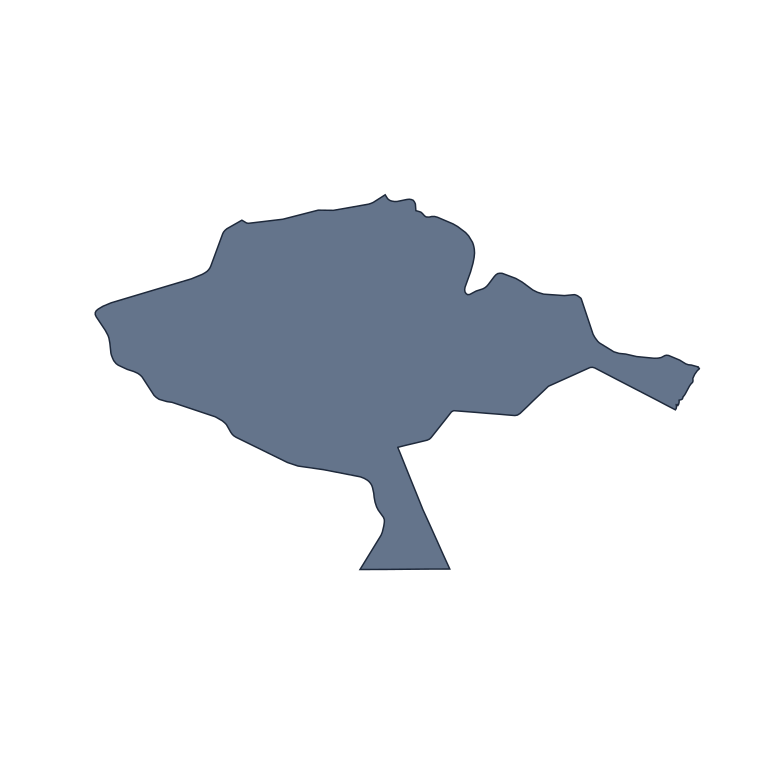 map outline of Al Jawf (Natural Earth projection), rotated 197°
{"feature_id": "SAU-862", "entity_name": "Al Jawf", "entity_type": "Region", "adm_level": 1, "iso_a3": "SAU", "parent_name": "Saudi Arabia", "parent_adm1": "", "projection": "natural_earth1", "projection_center": [37.819, 29.945], "detail": "fine", "context": "isolated", "style": "filled", "palette": "slate", "viewbox_px": 768, "rotation_deg": 197, "n_neighbors": 0, "source": "natural_earth", "source_scale": "10m", "svg_char_len": 3152}
<svg xmlns="http://www.w3.org/2000/svg" viewBox="0 0 768 768"><g transform="rotate(197 384 384)"><path d="M187.3,461.0L189.6,460.9L191.8,460.0L200.9,452.0L209.8,444.2L219.6,435.6L226.1,429.9L231.5,420.3L236.8,410.9L240.6,403.9L245.3,395.6L247.3,393.3L249.6,392.1L256.9,390.5L264.4,388.9L276.4,386.2L288.4,383.6L299.6,381.1L309.5,378.9L311.3,377.2L315.0,367.6L317.8,360.5L320.8,352.8L323.3,346.5L324.4,344.6L326.3,342.9L335.4,337.5L345.5,331.6L351.6,327.9L352.2,327.6L352.3,327.5L352.3,327.4L348.1,322.3L339.0,311.0L329.8,299.6L320.6,288.3L311.4,276.9L311.2,276.6L310.9,276.3L310.7,276.0L310.4,275.6L299.5,263.3L288.9,251.2L288.7,251.0L277.9,238.6L267.0,226.3L270.2,225.3L287.7,219.9L308.4,213.4L329.0,206.9L333.9,205.4L349.7,200.5L352.7,199.6L342.6,238.5L342.3,241.9L342.7,248.2L343.1,250.9L343.2,251.5L343.5,252.8L344.1,254.5L345.5,256.3L352.6,261.7L355.2,264.4L358.0,268.4L360.3,272.8L361.8,276.4L364.7,281.6L366.1,283.5L367.9,285.1L369.8,286.3L371.6,287.1L375.4,288.0L379.4,288.3L416.6,284.4L442.3,280.4L453.4,280.7L509.9,289.8L512.7,290.6L514.7,291.7L516.7,293.3L522.8,299.1L525.0,300.3L527.8,301.5L535.7,303.3L581.4,304.5L586.4,303.7L594.6,303.6L597.9,304.6L600.6,305.9L617.4,320.0L619.6,321.2L622.5,322.2L627.0,322.8L633.8,322.9L643.7,324.3L646.2,325.2L649.3,327.3L651.0,329.2L653.2,332.0L654.2,333.7L658.1,342.9L660.5,347.5L662.1,349.7L666.2,353.8L678.8,364.1L680.4,365.9L681.0,367.9L680.6,369.9L679.2,372.1L675.5,376.2L668.5,382.0L598.9,428.3L589.9,435.7L587.9,437.8L586.2,439.9L585.1,442.0L584.4,444.2L584.1,446.4L582.2,480.3L582.1,481.1L581.8,482.5L581.0,484.4L579.6,486.6L567.8,499.1L562.5,497.8L560.7,498.0L528.9,512.0L497.8,531.0L483.1,535.3L451.3,551.5L449.3,552.9L447.4,554.5L438.2,565.3L434.9,562.4L433.7,561.8L432.2,561.3L430.1,561.2L427.2,561.6L424.8,562.4L416.0,567.2L413.8,568.1L411.7,568.4L409.7,568.2L407.9,566.8L406.6,565.3L404.2,559.1L400.5,559.2L398.9,559.1L397.1,558.3L394.3,556.6L392.4,556.1L389.6,556.8L387.4,558.1L384.6,559.0L381.6,559.1L364.8,557.3L359.6,556.1L350.3,552.7L346.4,550.4L340.8,545.4L339.3,543.4L338.0,541.2L337.0,539.2L335.7,535.7L334.8,531.3L334.2,525.5L334.0,516.5L334.8,500.1L334.4,497.7L333.5,495.8L331.9,494.4L330.1,493.9L328.2,494.7L323.0,499.9L317.4,503.8L315.7,505.5L314.4,507.4L313.4,509.6L310.0,518.9L309.0,521.0L307.6,522.8L305.6,523.8L303.3,524.4L288.8,523.5L281.8,521.9L269.1,517.4L264.2,516.6L257.6,516.6L237.3,521.3L228.1,525.1L226.8,525.2L224.7,525.0L221.2,523.8L220.7,523.5L220.1,522.9L198.6,492.7L195.9,490.1L192.1,487.3L190.1,486.3L173.7,482.0L168.2,482.0L161.6,483.3L150.4,484.1L133.2,487.6L129.6,488.8L126.6,490.4L123.7,493.3L122.3,494.1L120.2,494.5L108.2,493.3L101.4,491.5L98.5,491.4L95.6,492.0L88.5,492.2L88.4,491.6L87.0,491.2L87.0,490.5L88.3,488.3L89.7,484.1L90.3,479.7L89.4,477.2L89.4,475.8L90.4,473.9L91.2,471.7L93.0,462.6L93.4,461.2L94.3,458.9L94.2,458.3L94.3,456.9L95.1,456.0L97.1,454.8L96.5,453.1L96.3,450.9L96.7,449.4L97.6,450.0L97.7,449.6L97.7,449.3L97.9,449.2L98.3,449.3L97.6,447.7L97.4,446.0L97.8,444.5L107.1,446.2L117.0,448.1L130.1,450.5L141.7,452.6L154.2,454.9L164.1,456.7L168.9,457.6L178.6,459.4L187.3,461.0Z" fill="#64748b" stroke="#1e293b" stroke-width="1.5"/></g></svg>